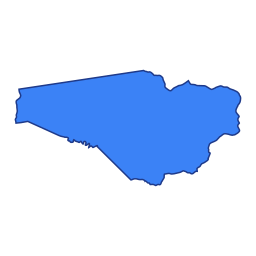 the district of La Trinidad, Comayagua, Honduras
{"feature_id": "27666195B66687640419438", "entity_name": "La Trinidad", "entity_type": "district", "adm_level": 2, "iso_a3": "HND", "parent_name": "Honduras", "parent_adm1": "Comayagua", "projection": "mercator", "projection_center": [-87.659, 14.702], "detail": "fine", "context": "isolated", "style": "filled", "palette": "blue", "viewbox_px": 256, "rotation_deg": 0, "n_neighbors": 0, "source": "geoboundaries", "source_scale": "gbopen_adm2", "svg_char_len": 5725}
<svg xmlns="http://www.w3.org/2000/svg" viewBox="0 0 256 256"><path d="M197.2,171.3L197.0,169.1L197.0,168.6L197.1,168.4L198.2,167.4L199.1,167.0L199.6,166.7L199.8,166.5L200.2,166.1L200.9,164.8L201.7,163.8L202.1,163.6L203.9,162.8L205.4,161.9L206.2,161.3L207.1,160.7L207.5,160.4L207.7,160.2L208.2,159.4L208.3,158.9L208.3,158.7L208.1,158.5L208.1,158.3L208.7,157.1L209.9,154.0L210.1,153.3L210.1,153.1L209.8,152.8L209.5,152.7L209.3,152.7L209.1,152.6L208.9,152.4L208.8,151.9L208.6,151.3L208.5,151.0L208.7,150.1L208.7,149.6L208.6,149.2L208.4,148.7L208.3,148.2L208.4,147.7L208.5,147.1L208.9,145.9L209.5,144.1L209.7,143.9L210.0,143.6L210.6,143.1L211.5,142.6L214.6,141.3L215.5,140.8L216.1,140.5L216.8,140.0L217.5,139.2L218.8,137.8L219.4,137.1L219.6,136.8L220.4,136.4L223.0,134.4L223.5,134.1L224.0,133.9L224.4,133.8L224.8,133.7L226.1,133.8L228.4,134.2L230.2,134.8L231.6,135.1L232.3,135.2L233.3,135.0L234.1,134.9L234.9,134.7L237.4,133.2L237.8,132.9L238.6,132.2L239.0,131.7L239.3,131.3L239.5,130.9L239.5,130.6L239.5,130.2L239.4,129.8L238.9,128.8L237.9,126.8L237.8,126.4L237.7,126.0L237.8,125.4L238.1,124.6L238.4,124.2L239.1,123.5L239.3,123.1L239.2,122.8L239.1,122.5L238.5,121.6L238.1,120.7L237.9,120.2L237.9,119.7L237.9,119.0L238.1,118.2L239.0,116.8L239.1,116.6L239.0,116.4L238.9,116.0L238.7,115.6L237.7,114.4L237.1,113.7L236.7,113.1L236.2,112.4L236.1,112.1L236.0,111.7L235.9,111.2L235.9,110.7L236.0,109.9L236.2,109.2L236.9,107.5L237.6,106.3L237.7,106.1L237.7,105.7L237.8,105.5L238.3,104.7L239.1,103.7L239.5,103.1L239.7,102.6L240.0,102.1L240.2,101.2L240.4,100.4L240.6,98.3L240.5,97.1L240.3,96.6L239.9,95.8L239.4,95.1L239.2,94.4L238.9,93.6L238.6,93.3L237.6,92.2L236.6,91.5L236.1,91.3L234.9,90.7L233.4,90.0L230.7,89.1L229.7,88.7L228.8,88.1L227.9,87.5L227.3,87.2L226.7,87.1L224.9,87.1L223.8,87.0L223.4,86.9L222.9,86.7L222.4,86.4L221.2,86.0L220.8,85.9L220.3,86.0L219.7,86.1L216.0,87.4L215.7,87.6L214.9,88.1L212.2,89.3L211.8,89.4L211.3,89.3L210.7,89.1L209.9,88.7L206.0,86.3L205.5,86.1L205.0,85.9L204.6,85.8L201.9,85.7L198.4,85.6L197.7,85.6L197.2,85.5L196.5,85.4L195.5,84.9L194.2,84.6L193.1,84.5L191.4,84.4L191.0,84.3L190.5,84.1L190.2,83.7L189.5,82.7L188.4,80.7L185.5,82.8L182.8,84.5L181.8,84.9L180.8,85.2L180.1,85.4L179.0,85.5L178.2,85.8L177.6,86.2L174.5,87.7L173.8,88.1L173.3,88.5L172.0,89.8L171.0,90.6L170.9,90.7L170.5,90.7L169.9,90.6L169.4,90.5L169.0,90.3L167.7,89.4L166.0,88.1L165.4,87.5L165.1,87.1L164.9,86.7L164.9,86.3L164.9,85.6L165.0,84.7L165.0,84.1L164.7,83.3L163.3,80.2L163.0,79.2L162.8,78.2L162.7,77.8L162.5,77.5L162.1,77.1L161.0,76.1L160.5,75.8L160.1,75.6L159.7,75.4L159.3,75.4L158.5,75.4L157.5,75.5L155.5,75.3L154.7,75.4L154.1,75.3L153.8,75.1L153.4,74.5L152.8,74.0L152.6,73.7L151.1,72.5L150.4,72.1L150.1,72.0L149.5,71.9L149.1,71.9L148.4,72.1L148.1,72.1L147.7,72.0L147.1,71.8L146.4,71.5L145.5,71.4L144.6,71.1L144.3,70.9L143.6,70.5L19.0,89.2L19.1,90.5L19.4,92.1L20.4,94.3L20.6,95.1L20.7,95.4L20.7,95.8L20.6,96.1L20.3,97.1L20.2,97.3L20.0,97.6L19.5,98.2L18.7,98.8L17.8,99.5L16.9,100.2L16.4,100.8L16.3,101.0L16.2,101.2L16.2,101.9L16.2,102.6L16.5,104.0L16.8,104.7L16.8,104.9L16.9,106.5L16.9,107.4L17.2,110.0L17.3,110.9L17.2,111.8L17.0,112.7L16.6,114.0L16.4,114.5L16.3,114.9L16.3,115.5L16.4,116.2L16.5,116.5L16.5,117.1L16.4,117.4L16.2,117.9L15.6,118.8L15.4,119.2L15.4,119.4L15.4,119.9L15.7,121.0L15.9,122.1L16.0,123.1L20.9,122.6L27.8,121.4L58.5,135.3L59.2,135.6L60.5,136.1L61.6,136.4L64.3,137.0L65.0,137.3L65.7,137.2L66.3,137.2L66.9,137.3L67.6,137.6L68.3,138.0L68.4,138.4L68.4,138.7L68.0,139.5L67.9,140.1L68.1,140.5L68.4,140.7L68.6,140.9L68.9,140.9L69.4,140.9L69.6,141.0L69.8,141.3L70.0,141.6L70.1,141.8L70.4,142.0L70.8,142.3L71.3,142.3L72.1,142.3L72.7,142.2L73.0,142.0L73.2,141.8L73.3,141.6L73.3,140.9L73.6,140.0L73.7,139.8L73.8,139.7L74.2,139.9L74.5,140.2L74.8,140.4L75.0,140.8L75.2,141.0L76.6,141.5L78.0,141.9L78.5,142.2L78.8,142.3L79.1,142.4L79.5,142.3L79.7,142.1L80.2,141.7L80.7,141.4L80.9,141.3L81.1,141.4L81.5,142.2L82.2,143.2L82.5,143.6L82.8,143.9L83.1,144.0L83.2,143.9L83.3,143.8L83.5,143.5L83.6,143.1L83.6,142.6L83.7,142.3L83.8,142.0L83.9,141.7L84.1,141.5L84.3,141.4L84.6,141.4L84.9,141.4L85.3,141.6L85.6,141.9L85.9,142.3L86.0,142.8L86.0,143.2L85.3,144.9L85.4,145.1L85.5,145.2L85.9,145.3L86.5,145.2L86.8,145.0L87.7,144.3L88.9,143.5L89.0,143.4L89.3,143.6L89.4,143.8L89.5,144.0L89.4,144.6L89.1,146.2L88.8,146.9L88.7,147.3L88.7,147.5L89.5,147.0L90.2,146.3L90.4,146.1L90.6,146.1L91.1,146.0L91.6,146.2L92.3,146.8L92.5,147.0L92.8,147.4L93.1,147.4L93.3,147.4L93.8,147.1L96.6,145.7L96.9,145.6L97.2,145.6L97.3,145.8L97.4,146.0L97.4,146.3L97.2,146.5L130.9,179.9L131.6,179.8L133.3,179.1L134.5,178.8L135.8,178.8L136.7,178.9L138.6,179.4L140.1,179.6L141.5,179.5L142.4,179.5L143.0,179.6L144.2,180.2L144.7,180.7L144.8,180.9L144.9,180.7L145.7,181.1L146.5,181.7L147.0,182.1L147.4,182.6L147.5,182.7L148.2,183.0L148.9,183.0L149.3,183.1L149.5,183.3L149.9,184.1L150.2,184.5L150.8,184.5L152.6,184.4L153.4,184.5L153.8,184.6L154.6,185.0L155.6,185.4L155.8,185.5L156.4,185.2L157.3,184.7L157.9,184.5L158.2,184.4L158.5,184.5L159.0,184.6L159.4,184.7L159.6,184.7L160.1,184.6L160.5,184.3L160.8,183.8L161.1,183.1L161.4,182.3L161.6,181.7L162.1,181.1L162.4,180.7L162.6,180.2L162.8,179.8L163.6,178.6L163.9,178.0L164.2,177.1L164.1,176.5L164.2,175.4L164.3,174.6L164.4,174.2L164.6,174.1L168.5,173.4L169.7,173.5L170.1,173.6L170.9,173.9L171.6,174.0L172.7,173.9L174.3,173.7L179.9,172.4L180.9,172.0L182.4,171.2L183.0,170.9L183.3,170.8L183.9,171.0L185.2,171.4L186.2,171.8L187.1,172.5L187.6,172.7L188.1,172.8L188.6,172.8L188.8,172.8L189.3,172.7L189.6,172.8L190.1,173.0L190.6,173.4L191.0,173.6L191.5,173.8L192.1,173.8L192.5,173.7L193.0,173.5L194.8,172.0L195.9,171.3L196.1,171.3L196.4,171.2L196.8,171.3L197.2,171.3Z" fill="#3b82f6" stroke="#1e3a8a" stroke-width="1.5"/></svg>